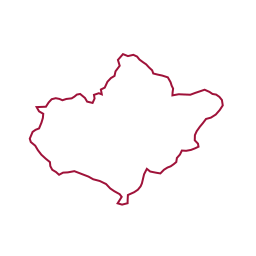 Vargem, São Paulo, Brazil (Albers equal-area conic projection), rotated 256°
{"feature_id": "56859067B88697914200534", "entity_name": "Vargem", "entity_type": "district", "adm_level": 2, "iso_a3": "BRA", "parent_name": "Brazil", "parent_adm1": "São Paulo", "projection": "albers", "projection_center": [-46.413, -22.894], "detail": "fine", "context": "isolated", "style": "outline", "palette": "rose", "viewbox_px": 256, "rotation_deg": 256, "n_neighbors": 0, "source": "geoboundaries", "source_scale": "gbopen_adm2", "svg_char_len": 1569}
<svg xmlns="http://www.w3.org/2000/svg" viewBox="0 0 256 256"><g transform="rotate(256 128 128)"><path d="M170.4,44.4L165.7,45.7L162.3,49.2L158.3,47.8L154.1,45.3L149.1,41.6L148.6,37.9L147.3,34.5L141.4,30.1L137.9,30.3L133.3,33.7L128.3,35.2L123.0,37.5L117.9,40.9L113.8,44.0L109.8,43.4L105.8,44.4L102.7,47.5L99.3,49.8L100.4,54.2L99.5,58.9L99.1,65.5L93.9,72.9L90.4,77.9L86.7,81.8L83.4,87.8L78.9,93.2L73.7,96.1L70.1,99.3L65.8,103.9L62.7,105.2L57.4,99.7L55.1,103.7L55.1,109.4L58.8,110.4L63.0,111.7L64.2,118.4L65.7,122.6L68.3,126.1L70.9,128.1L79.2,132.4L83.8,136.4L80.4,139.0L77.8,144.5L76.1,148.4L78.8,152.8L80.1,156.8L80.5,160.1L81.8,163.5L83.3,166.6L87.1,168.2L89.7,172.0L93.1,174.8L91.8,178.9L91.5,183.8L92.0,187.8L92.8,191.9L95.9,192.1L99.9,189.8L104.9,191.2L108.3,193.9L111.9,198.1L114.6,201.8L117.9,205.9L118.0,210.9L119.8,216.4L123.2,221.3L127.0,225.4L132.4,225.9L136.1,224.2L139.1,221.6L140.6,218.2L143.3,215.8L146.6,211.6L146.2,206.9L145.8,201.8L145.2,196.5L146.9,190.7L148.5,185.3L148.9,179.0L151.8,179.9L155.3,181.3L158.5,180.6L162.1,180.4L167.5,178.9L170.6,173.9L172.8,169.4L174.8,165.7L178.1,165.4L181.6,163.1L185.4,161.0L188.2,158.5L191.6,155.7L195.1,154.1L197.7,150.9L197.8,145.3L200.9,141.0L196.5,134.7L190.4,135.0L186.0,129.6L181.8,127.5L180.6,123.5L177.9,119.3L172.8,115.2L171.9,111.0L167.0,110.7L168.8,108.1L168.4,103.0L164.7,102.7L160.9,99.7L163.5,94.7L167.6,93.5L172.6,89.8L172.8,86.5L171.4,83.6L170.4,80.5L171.1,75.2L170.8,71.1L172.8,68.5L174.4,65.1L174.4,60.9L172.0,57.2L168.5,53.5L170.4,44.4Z" fill="none" stroke="#9f1239" stroke-width="2"/></g></svg>